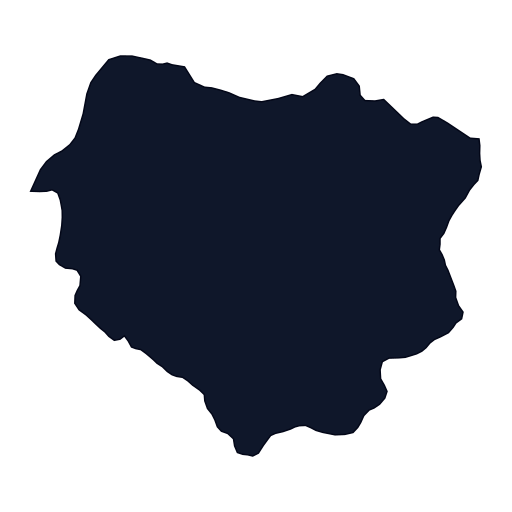 Ipiaçu, Minas Gerais, Brazil
{"feature_id": "56859067B82454060377741", "entity_name": "Ipiaçu", "entity_type": "district", "adm_level": 2, "iso_a3": "BRA", "parent_name": "Brazil", "parent_adm1": "Minas Gerais", "projection": "natural_earth1", "projection_center": [-49.93, -18.707], "detail": "fine", "context": "isolated", "style": "filled", "palette": "ink", "viewbox_px": 512, "rotation_deg": 0, "n_neighbors": 0, "source": "geoboundaries", "source_scale": "gbopen_adm2", "svg_char_len": 2318}
<svg xmlns="http://www.w3.org/2000/svg" viewBox="0 0 512 512"><path d="M353.0,432.5L357.7,427.5L360.7,422.5L363.8,415.6L369.2,410.0L374.0,408.0L379.6,404.2L384.8,398.1L387.0,391.4L384.3,385.3L380.6,378.8L380.1,369.8L382.3,361.7L389.0,358.1L398.9,357.8L405.2,357.3L410.2,355.8L416.6,353.8L421.8,351.2L426.0,347.7L429.9,343.0L434.4,339.5L440.5,336.8L448.4,332.7L453.1,327.3L455.9,323.0L461.6,318.8L463.0,312.1L458.5,305.7L455.6,297.5L455.8,291.2L453.9,285.8L450.9,278.0L447.9,270.2L445.4,265.3L444.3,260.0L442.1,254.7L439.3,249.8L440.0,244.3L440.0,238.4L443.8,233.4L446.5,227.3L448.9,220.7L452.0,215.1L454.8,210.8L458.5,205.5L465.2,198.0L469.5,190.1L473.9,184.5L477.8,180.4L479.1,174.4L481.3,166.8L480.0,160.3L479.6,153.4L479.8,145.6L479.0,138.9L470.1,138.2L447.5,123.1L437.9,117.5L433.1,117.2L422.1,121.8L417.4,124.2L410.7,124.2L403.8,118.8L383.7,99.5L375.0,101.0L364.9,100.6L360.1,95.2L359.2,86.1L353.8,78.8L342.9,74.7L336.8,73.8L327.2,76.2L320.2,83.3L315.2,89.3L302.7,96.7L291.9,94.6L278.2,98.6L261.7,101.8L254.6,101.0L239.3,97.4L229.4,93.0L220.6,90.2L211.7,87.9L204.5,87.2L194.3,82.6L184.5,66.9L172.0,64.8L167.1,63.1L162.6,64.2L157.0,64.0L150.3,60.1L132.1,56.1L120.4,56.0L108.8,59.7L95.8,75.3L90.9,82.6L86.9,93.9L83.2,113.8L78.6,129.2L75.1,138.0L69.9,144.7L62.0,151.0L54.4,154.9L46.5,161.6L40.5,169.6L36.1,179.3L30.7,191.2L39.8,191.5L46.7,191.2L52.1,189.8L57.8,193.0L60.3,200.0L61.3,205.3L62.2,210.5L62.3,217.4L61.8,225.4L60.3,235.2L58.8,242.5L57.1,248.1L55.6,253.8L56.1,261.1L59.4,264.6L65.5,268.1L72.4,268.7L77.1,270.2L80.8,276.3L80.0,285.6L77.3,290.5L75.1,295.5L74.8,303.3L79.1,309.8L86.2,315.0L90.9,319.3L96.1,324.3L100.5,328.4L104.9,331.9L108.9,336.4L114.3,340.3L120.0,339.2L124.4,335.8L128.2,340.9L131.5,347.0L135.8,348.6L140.8,349.6L146.1,353.5L149.9,356.7L153.5,359.8L157.2,363.4L162.4,366.7L167.3,371.5L172.0,374.7L176.7,376.4L182.6,377.3L187.8,380.8L192.7,385.2L199.7,390.1L204.3,394.6L204.8,400.9L207.5,408.5L212.0,414.1L214.9,419.9L217.4,426.8L221.4,431.2L227.8,433.5L233.5,438.8L234.6,445.9L237.4,452.5L242.8,454.3L247.8,454.8L252.7,456.0L258.4,453.1L263.4,445.3L267.5,439.7L270.6,435.5L275.5,433.3L282.9,431.6L290.6,429.0L294.9,426.9L299.3,425.7L305.6,425.4L311.1,427.8L316.0,430.4L322.9,432.4L328.6,433.5L335.0,434.8L344.8,434.4L353.0,432.5Z" fill="#0f172a" stroke="#020617" stroke-width="1.5"/></svg>